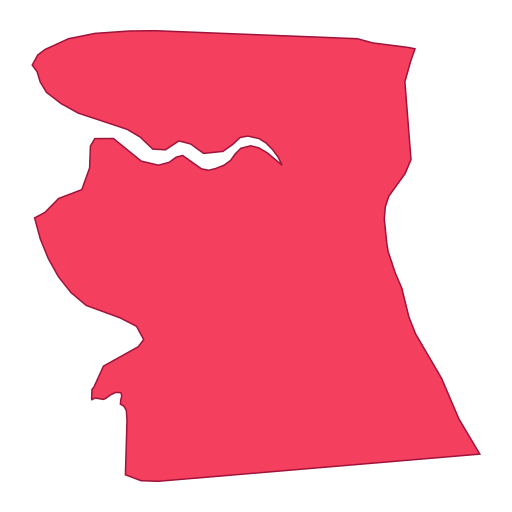 an SVG outline of Commewijne
{"feature_id": "SUR-70", "entity_name": "Commewijne", "entity_type": "District", "adm_level": 1, "iso_a3": "SUR", "parent_name": "Suriname", "parent_adm1": "", "projection": "natural_earth1", "projection_center": [-54.973, 5.762], "detail": "fine", "context": "isolated", "style": "filled", "palette": "rose", "viewbox_px": 512, "rotation_deg": 0, "n_neighbors": 0, "source": "natural_earth", "source_scale": "10m", "svg_char_len": 1323}
<svg xmlns="http://www.w3.org/2000/svg" viewBox="0 0 512 512"><path d="M58.6,198.5L81.8,189.6L89.6,167.9L90.4,146.1L94.8,138.6L113.4,138.5L141.2,161.1L158.3,165.2L169.2,162.3L176.1,157.2L182.6,155.5L201.4,168.8L208.6,170.3L215.7,168.5L224.0,165.2L230.6,160.4L235.2,153.9L240.8,148.3L250.7,145.8L258.7,147.8L267.1,152.7L282.0,165.2L278.2,157.2L272.5,149.5L265.9,142.9L259.1,138.6L248.0,136.1L240.3,137.4L232.5,144.6L222.9,151.4L203.6,153.4L190.7,144.0L178.9,140.9L165.5,149.8L152.8,149.1L140.1,137.0L127.0,129.3L78.2,113.1L61.1,103.6L46.5,92.4L40.2,82.0L37.1,71.7L32.2,65.1L37.8,54.9L45.2,49.4L68.5,38.7L95.0,33.4L129.1,31.0L155.1,30.7L357.3,38.7L372.6,42.9L408.6,47.5L415.0,48.8L410.8,60.8L404.9,81.7L411.0,159.6L405.2,173.4L388.8,196.2L385.3,207.0L384.3,219.1L386.9,244.3L388.2,251.7L395.2,272.8L401.8,288.2L409.0,317.3L415.6,333.9L441.6,378.4L458.9,418.9L479.8,454.1L158.0,481.3L141.1,480.7L125.4,474.8L127.0,420.2L126.3,410.3L123.7,406.0L120.4,404.2L120.7,400.2L121.8,395.7L120.8,392.7L115.7,392.4L110.3,395.0L106.0,398.2L103.5,399.4L95.1,398.0L91.9,399.7L91.6,398.8L92.0,389.4L93.8,387.3L103.5,366.1L133.8,349.2L138.3,346.7L143.7,339.5L136.5,326.3L119.9,317.8L86.3,305.5L71.0,292.6L58.4,276.7L48.3,258.6L45.8,252.4L40.3,239.0L34.6,217.9L45.0,212.3L58.6,198.5Z" fill="#f43f5e" stroke="#9f1239" stroke-width="1.5"/></svg>